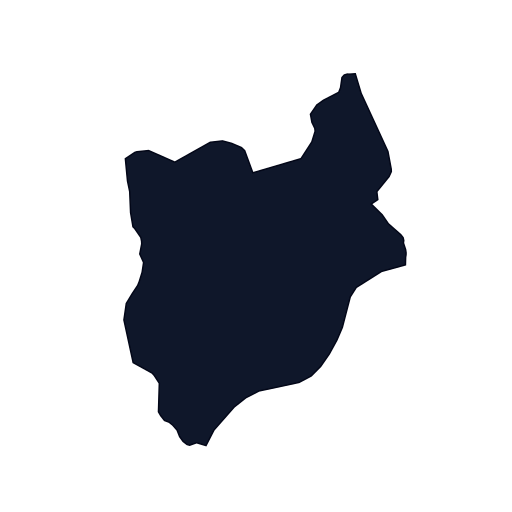 Mongar, Albers equal-area conic projection, rotated 12°
{"feature_id": "BTN-2490", "entity_name": "Mongar", "entity_type": "District", "adm_level": 1, "iso_a3": "BTN", "parent_name": "Bhutan", "parent_adm1": "", "projection": "albers", "projection_center": [91.21, 27.259], "detail": "fine", "context": "isolated", "style": "filled", "palette": "ink", "viewbox_px": 512, "rotation_deg": 12, "n_neighbors": 0, "source": "natural_earth", "source_scale": "10m", "svg_char_len": 1263}
<svg xmlns="http://www.w3.org/2000/svg" viewBox="0 0 512 512"><g transform="rotate(12 256 256)"><path d="M315.2,57.1L325.0,75.0L363.3,126.3L370.2,142.9L370.8,145.3L369.6,150.7L360.8,167.9L363.4,175.5L357.9,181.2L370.9,189.5L378.7,196.9L393.4,205.2L396.1,207.5L397.3,210.1L397.5,212.6L401.0,218.6L402.1,221.6L402.5,223.7L402.6,226.0L404.0,233.6L382.0,245.0L360.6,265.9L356.7,276.4L355.3,307.9L353.8,315.5L352.6,321.5L348.1,336.5L342.2,350.6L335.0,361.8L324.4,370.7L287.0,387.4L275.6,396.7L266.1,408.2L251.1,434.9L246.5,451.8L236.7,451.0L230.4,454.9L227.7,454.7L223.2,452.5L218.9,448.6L215.0,442.7L209.5,438.6L205.4,436.6L200.7,435.9L196.0,432.0L193.0,428.7L187.9,400.6L181.2,393.9L178.7,392.1L158.0,385.8L140.1,346.0L139.0,329.4L142.8,318.5L146.4,309.4L147.1,305.5L148.0,295.6L147.4,285.7L141.9,278.2L141.7,267.9L141.0,265.3L139.5,261.8L131.5,254.2L129.6,253.0L124.3,239.6L119.1,219.3L114.7,209.3L108.0,188.0L116.0,179.8L117.8,178.8L129.0,175.2L157.1,181.1L187.6,154.3L199.3,150.4L208.8,150.9L219.3,153.0L223.0,155.3L235.6,175.3L279.8,151.4L286.9,132.8L287.9,121.7L287.0,118.9L282.9,113.6L279.8,106.0L284.1,95.6L289.6,89.6L302.9,78.7L303.7,73.8L303.0,63.5L304.7,60.6L307.4,59.1L309.7,58.7L315.2,57.1Z" fill="#0f172a" stroke="#020617" stroke-width="1.5"/></g></svg>